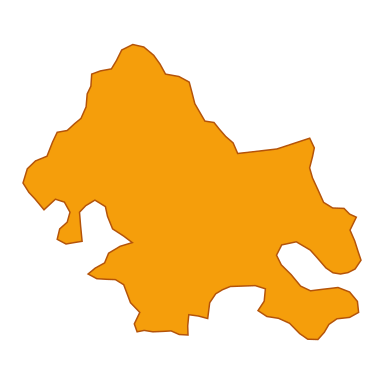 Águas Frias, Santa Catarina, Brazil (Robinson projection)
{"feature_id": "56859067B4430319008456", "entity_name": "Águas Frias", "entity_type": "district", "adm_level": 2, "iso_a3": "BRA", "parent_name": "Brazil", "parent_adm1": "Santa Catarina", "projection": "robinson", "projection_center": [-52.849, -26.847], "detail": "fine", "context": "isolated", "style": "filled", "palette": "amber", "viewbox_px": 384, "rotation_deg": 0, "n_neighbors": 0, "source": "geoboundaries", "source_scale": "gbopen_adm2", "svg_char_len": 1693}
<svg xmlns="http://www.w3.org/2000/svg" viewBox="0 0 384 384"><path d="M309.7,138.2L276.8,149.0L237.7,153.5L233.1,142.9L225.6,136.4L219.2,129.0L214.0,122.5L204.9,121.1L200.6,113.7L194.8,103.7L192.0,92.7L189.2,82.1L178.9,76.5L165.5,74.1L160.0,64.1L153.7,55.3L143.8,47.0L132.8,44.5L121.7,50.0L116.4,60.7L111.4,68.9L100.4,70.9L91.7,74.1L90.9,86.2L87.2,93.9L86.1,106.9L81.0,118.4L74.7,123.6L67.2,130.5L57.2,132.3L52.6,142.0L47.0,156.2L35.5,160.9L27.3,168.8L23.0,183.0L28.9,192.4L34.9,198.8L44.0,209.8L55.4,199.2L64.4,202.1L70.0,212.2L67.2,222.2L59.7,228.9L57.2,239.3L66.0,244.0L73.5,242.7L82.1,241.3L80.6,226.0L79.5,212.2L85.7,205.7L94.9,200.1L105.4,206.6L107.5,216.3L112.6,228.9L123.7,236.1L132.3,242.6L120.1,246.3L108.6,253.2L104.6,262.9L95.2,268.1L88.1,274.0L96.8,278.7L106.8,279.3L115.4,279.6L123.7,284.7L126.8,292.9L130.5,302.7L139.8,312.4L134.3,323.9L137.1,331.8L144.2,330.4L152.8,331.8L162.8,331.4L171.1,330.9L179.2,334.5L188.0,335.0L187.7,325.9L188.8,314.7L198.3,316.0L207.7,318.5L209.7,302.7L215.7,293.8L222.5,289.7L230.3,286.5L241.2,286.1L255.2,285.6L265.4,288.8L264.2,301.2L258.0,310.6L266.9,316.5L278.5,318.3L289.6,323.3L299.7,333.6L307.7,339.2L317.9,339.5L324.3,332.3L328.9,324.4L336.9,318.8L349.6,317.4L358.6,312.4L357.4,301.4L349.6,292.0L338.0,287.5L330.5,288.4L322.6,289.3L310.5,290.8L300.6,286.1L291.1,274.6L281.3,264.9L276.5,255.2L281.7,244.9L296.3,241.8L310.3,250.1L317.3,257.9L325.9,267.9L333.0,272.8L340.5,274.0L348.0,272.6L355.1,269.0L361.0,260.2L358.2,251.9L354.7,240.9L350.0,230.1L356.3,217.2L349.6,214.1L344.0,208.4L332.7,208.0L323.6,202.4L317.9,189.7L312.5,178.0L309.6,167.9L312.5,156.7L314.3,147.9L309.7,138.2Z" fill="#f59e0b" stroke="#b45309" stroke-width="1.5"/></svg>